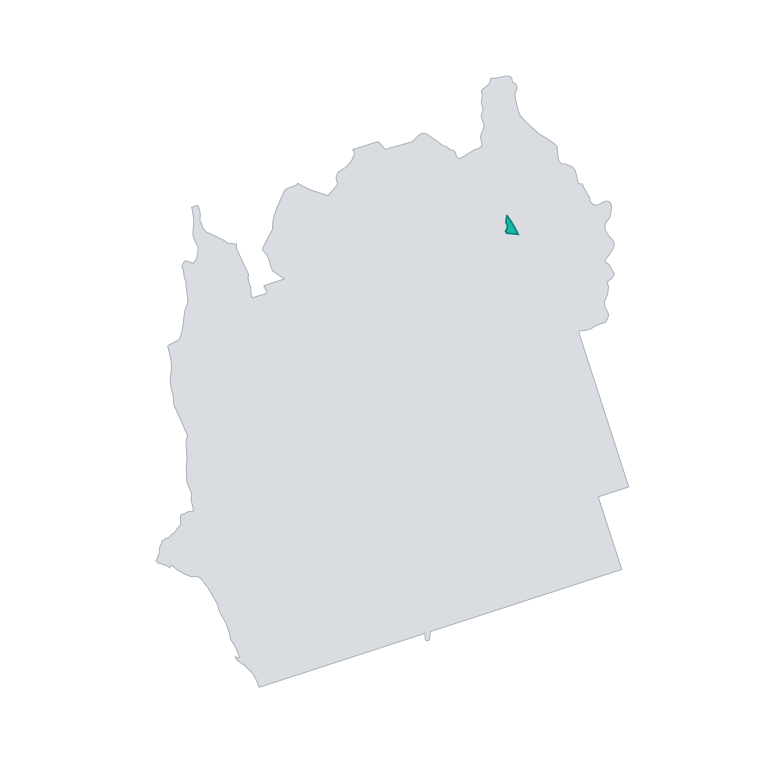 Mershing, Southern Darfur, Sudan (highlighted), rotated 162°
{"feature_id": "16777658B29151950465280", "entity_name": "Mershing", "entity_type": "district", "adm_level": 2, "iso_a3": "SDN", "parent_name": "Sudan", "parent_adm1": "Southern Darfur", "projection": "natural_earth1", "projection_center": [25.0, 12.506], "detail": "fine", "context": "in_parent", "style": "filled", "palette": "teal", "viewbox_px": 768, "rotation_deg": 162, "n_neighbors": 0, "source": "geoboundaries", "source_scale": "gbopen_adm2", "svg_char_len": 4109}
<svg xmlns="http://www.w3.org/2000/svg" viewBox="0 0 768 768"><g transform="rotate(162 384 384)"><path d="M512.4,611.5L506.3,611.5L505.7,609.8L505.7,605.2L506.4,601.8L508.6,596.3L508.0,593.3L508.3,589.0L506.6,584.1L491.9,570.1L489.0,566.2L481.1,562.7L482.5,558.7L479.0,530.0L480.6,526.7L481.0,521.6L480.9,517.2L482.8,509.9L483.0,506.7L467.4,506.5L467.2,509.7L468.0,513.2L467.9,514.6L446.3,514.7L455.0,526.0L455.4,530.9L455.0,537.1L455.2,541.1L455.7,543.6L458.0,548.7L457.9,549.6L457.3,550.8L442.1,565.8L439.5,572.8L437.5,576.5L433.1,582.6L419.1,598.6L416.8,599.7L406.1,600.3L405.1,600.7L404.3,601.4L403.8,601.2L394.6,591.8L379.1,580.5L369.0,586.4L366.2,588.5L366.2,594.0L364.7,596.8L361.9,599.8L354.4,601.7L350.5,603.4L345.8,606.4L341.2,611.6L340.9,614.2L341.4,616.6L315.4,616.5L313.7,614.6L309.9,606.2L307.3,606.7L283.6,605.7L280.2,606.6L273.4,610.1L270.0,610.6L266.5,609.0L254.0,592.3L251.3,590.3L248.5,586.3L245.8,584.6L244.9,583.3L244.6,581.5L244.7,577.9L243.8,575.6L241.9,575.0L225.1,578.9L222.7,578.5L219.2,579.2L218.0,579.9L216.6,582.1L216.3,586.6L215.9,588.9L214.6,591.4L209.8,597.1L208.8,599.6L209.0,605.8L208.7,609.0L208.0,610.4L205.9,612.8L205.1,614.2L204.3,622.2L201.7,627.1L201.1,628.8L200.9,632.3L200.5,633.3L192.9,636.1L190.1,637.8L188.4,640.6L187.9,641.7L184.7,640.7L180.6,640.0L172.6,639.2L169.5,637.9L168.0,636.0L168.5,631.2L167.7,630.1L166.4,629.3L165.6,627.2L165.7,624.7L169.9,619.1L170.8,616.1L171.9,602.0L171.6,597.7L168.3,589.9L160.7,576.3L158.9,573.6L149.4,562.4L148.3,560.8L146.0,556.1L148.5,545.7L148.7,542.8L148.0,539.9L145.7,537.7L143.5,537.4L140.7,534.7L138.9,533.4L137.3,531.0L136.1,527.6L137.0,515.4L136.4,513.7L134.0,513.3L133.4,512.4L133.5,510.1L132.2,503.1L130.8,497.4L131.6,494.2L129.6,489.9L125.7,488.0L118.1,489.4L115.8,489.2L114.1,488.4L113.0,486.8L112.4,484.9L113.0,482.1L115.1,476.9L117.8,472.6L123.3,468.8L124.8,466.7L125.6,464.4L125.8,461.8L125.4,459.0L124.8,456.5L123.2,453.1L121.7,449.2L121.7,446.5L122.4,444.6L123.9,442.3L129.3,437.8L134.9,434.1L135.8,432.7L135.5,431.2L132.9,428.1L132.1,422.1L130.7,418.0L133.5,414.8L135.6,413.7L138.9,412.7L140.2,411.4L140.5,408.9L140.4,406.5L141.6,404.7L143.2,400.9L144.4,399.2L148.7,394.7L149.6,391.8L149.9,389.0L148.8,380.5L151.2,377.0L154.3,374.1L158.8,374.3L165.8,373.7L170.5,372.4L173.9,372.5L181.6,374.1L182.4,373.4L182.8,371.1L183.0,210.5L214.7,210.5L215.1,210.2L215.2,134.2L414.9,134.2L416.5,133.9L419.6,126.8L420.9,126.3L423.0,126.7L423.7,128.4L422.1,134.2L596.5,134.1L597.0,142.8L598.6,149.8L603.7,159.7L608.0,165.1L609.6,168.0L609.8,169.4L609.6,170.7L608.3,169.2L606.1,168.2L605.9,172.9L607.1,182.4L609.0,189.1L607.9,195.3L608.3,205.7L610.8,218.3L610.5,226.3L614.5,244.9L618.2,255.3L620.2,257.9L622.4,259.2L626.6,260.1L632.9,265.4L638.0,271.0L639.8,273.9L642.2,277.1L643.8,276.5L644.8,275.6L646.5,278.2L654.4,283.8L655.6,286.4L652.8,288.9L649.7,293.3L648.2,297.3L647.3,298.6L644.8,301.2L644.4,302.4L643.3,303.2L642.1,303.2L639.4,304.6L637.0,304.2L634.6,305.0L633.7,305.9L631.8,306.8L629.2,307.2L625.2,310.6L621.7,312.3L620.5,313.7L618.8,320.5L617.5,322.3L612.2,322.5L609.7,323.1L606.2,322.3L604.5,322.4L604.0,323.9L603.5,329.8L603.7,332.3L600.8,339.0L601.9,351.5L599.2,360.9L598.8,363.0L596.0,370.4L594.6,373.2L591.1,387.1L589.7,391.3L586.7,395.8L590.3,429.1L587.9,439.3L588.0,444.9L586.3,453.1L584.9,456.9L582.6,461.5L580.7,466.6L579.0,473.4L578.1,486.2L577.5,487.4L568.2,488.9L565.2,489.8L563.3,491.3L560.9,494.6L556.2,503.6L553.8,509.1L549.9,516.6L545.4,522.0L544.5,524.6L543.8,529.4L542.2,537.0L540.7,542.5L541.0,546.9L539.6,554.4L539.9,558.1L538.3,560.2L536.1,562.2L534.7,562.7L528.1,557.6L523.6,561.1L520.8,566.0L518.6,570.9L519.9,581.5L519.8,583.8L519.2,586.3L515.0,596.6L513.7,601.3L512.4,609.5L512.4,611.5Z" fill="#d9dde1" stroke="#a8b0b8" stroke-width="1"/><path d="M210.0,484.7L210.9,490.4L212.3,496.9L212.5,498.1L212.9,499.8L215.2,506.8L215.4,505.6L217.0,502.7L217.4,501.7L218.2,499.7L217.7,497.6L217.8,496.3L218.7,494.4L219.8,493.1L221.3,491.8L221.0,490.6L220.7,489.4L218.7,488.5L217.0,487.9L215.2,487.1L212.4,485.8L211.3,485.3L210.0,484.7Z" fill="#14b8a6" stroke="#0f766e" stroke-width="1.5"/></g></svg>